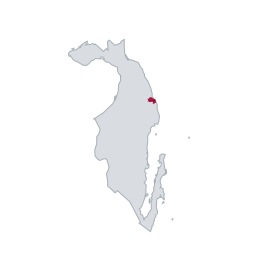 location of Arteaga, Michoacán, Mexico, rotated 222°
{"feature_id": "50627088B17645051575060", "entity_name": "Arteaga", "entity_type": "district", "adm_level": 2, "iso_a3": "MEX", "parent_name": "Mexico", "parent_adm1": "Michoacán", "projection": "robinson", "projection_center": [-102.407, 18.388], "detail": "fine", "context": "in_parent", "style": "filled", "palette": "rose", "viewbox_px": 256, "rotation_deg": 222, "n_neighbors": 0, "source": "geoboundaries", "source_scale": "gbopen_adm2", "svg_char_len": 4992}
<svg xmlns="http://www.w3.org/2000/svg" viewBox="0 0 256 256"><g transform="rotate(222 128 128)"><path d="M42.0,66.0L56.1,64.7L55.4,66.2L77.4,74.4L94.0,74.4L94.1,71.2L104.4,71.3L106.1,73.5L113.3,79.6L115.0,84.6L116.3,86.6L123.1,90.6L125.3,89.1L126.9,85.4L128.9,84.5L133.8,85.2L137.9,89.3L140.7,95.3L145.4,100.7L145.7,104.1L147.8,108.4L158.2,112.4L159.5,111.8L156.5,122.7L155.6,135.8L156.1,138.6L158.8,142.4L158.3,144.4L158.4,142.4L156.1,139.2L156.9,142.1L159.6,148.3L164.1,154.2L165.1,157.9L168.3,161.6L167.4,161.5L169.2,162.4L168.6,161.9L171.9,162.3L174.2,163.6L176.3,166.1L181.8,164.2L185.8,164.0L188.5,162.5L191.3,162.2L191.9,162.8L191.7,163.5L194.0,164.0L195.6,162.9L195.1,161.0L194.4,161.4L194.6,161.0L198.7,157.8L199.0,155.2L200.2,153.7L200.1,149.4L200.9,146.3L204.0,144.4L209.7,143.4L212.1,142.4L214.9,142.1L219.5,143.2L219.9,142.5L218.7,142.5L220.2,142.0L222.1,143.4L222.4,145.3L221.6,147.8L218.7,151.7L218.6,154.3L217.2,155.8L217.4,156.4L218.7,156.2L217.4,157.8L217.4,158.5L218.3,158.3L216.6,164.7L216.2,165.3L215.2,163.9L214.9,161.4L213.6,163.9L212.3,164.1L210.6,167.5L208.6,167.4L208.5,168.5L197.4,168.5L197.4,172.4L194.9,172.4L201.0,178.4L200.9,180.7L193.0,180.7L190.3,186.2L191.1,187.6L190.1,191.3L184.4,185.0L179.8,180.8L177.0,179.2L176.7,179.6L179.3,181.0L175.2,179.8L175.5,178.7L174.4,179.2L173.8,178.2L173.0,179.2L174.4,179.7L172.4,179.9L170.4,181.3L164.0,183.6L159.9,181.8L156.4,181.4L154.1,179.7L151.8,179.0L150.3,177.4L144.6,176.1L137.6,172.8L133.0,169.7L131.1,167.5L126.4,166.8L121.9,165.0L119.0,161.5L112.8,158.1L109.5,153.5L108.4,150.6L110.9,149.3L110.5,148.0L109.4,147.7L111.1,145.5L111.2,142.9L109.9,142.0L108.6,139.4L108.6,137.1L107.8,135.0L104.1,131.0L101.0,126.3L96.0,122.1L97.4,122.9L97.5,122.0L94.9,121.1L93.0,117.9L94.3,118.0L90.5,115.8L90.0,114.7L88.5,115.1L88.3,114.6L89.4,113.3L87.5,114.3L86.4,113.4L86.2,111.3L87.6,109.4L88.1,109.7L87.2,107.8L86.0,106.5L84.3,106.6L83.2,104.0L81.3,103.4L80.1,102.3L79.3,100.0L79.9,98.5L76.4,97.8L70.3,90.5L70.0,88.7L69.1,88.2L65.4,79.1L65.1,76.3L65.5,75.4L62.2,74.2L61.4,72.8L60.3,72.3L59.1,73.1L54.6,70.4L55.4,72.2L54.7,75.6L55.7,78.3L56.4,83.5L61.0,88.0L62.4,91.1L63.1,91.0L63.4,91.9L64.1,92.0L64.7,94.0L66.0,94.6L66.8,98.8L69.1,100.9L69.9,103.2L71.0,104.0L71.8,106.8L72.7,107.4L72.2,105.4L73.5,106.6L75.0,113.0L76.5,114.8L78.5,119.4L78.2,121.3L78.7,123.0L80.4,124.7L81.0,123.0L86.0,129.0L85.5,131.3L83.5,132.9L82.4,133.1L80.4,128.2L72.5,121.6L71.8,121.6L70.2,119.6L69.9,118.2L70.4,115.1L69.8,112.1L68.6,110.0L64.8,107.4L64.1,104.9L63.4,106.0L61.4,106.5L60.0,104.8L56.5,103.0L55.9,101.5L53.3,99.4L53.1,98.7L55.8,99.1L57.5,98.4L57.4,99.1L58.8,99.8L58.3,98.1L57.7,98.0L59.1,94.6L54.0,88.1L49.7,85.3L48.9,83.9L49.0,81.5L48.0,80.7L47.7,78.0L46.4,76.9L46.2,75.2L44.4,72.7L44.1,71.5L44.7,70.7L43.4,69.7L42.0,66.0ZM70.1,90.6L69.6,92.2L68.2,91.7L68.8,89.2L69.6,88.9L70.1,90.6ZM64.5,90.2L62.5,88.4L62.0,86.6L63.0,87.2L63.2,88.2L64.2,88.5L64.5,90.2ZM221.6,151.2L221.1,150.6L221.3,149.9L222.6,149.3L221.6,151.2ZM70.3,121.6L68.9,119.9L69.8,116.5L69.5,119.6L70.3,121.6ZM52.3,97.1L51.3,96.8L52.0,95.0L52.5,96.4L52.3,97.1ZM34.3,91.0L33.4,89.8L33.6,89.3L34.0,89.3L34.3,91.0ZM71.5,121.7L72.3,123.0L70.6,121.7L71.5,121.7ZM103.4,142.1L103.3,142.6L102.8,142.4L102.6,141.5L103.4,142.1ZM79.1,118.2L79.4,119.2L78.5,117.9L79.1,118.2ZM75.7,111.2L76.2,111.7L75.4,112.6L75.7,111.2ZM76.6,162.1L76.2,162.2L75.7,161.8L76.2,161.2L76.6,162.1ZM193.3,162.3L192.3,162.5L194.0,161.9L193.3,162.3ZM83.8,124.1L83.3,124.0L83.3,123.0L83.8,124.1Z" fill="#d9dde1" stroke="#a8b0b8" stroke-width="1"/><path d="M131.5,163.3L131.4,163.3L131.3,162.9L131.1,162.8L130.9,162.7L130.7,162.7L130.7,162.8L130.7,162.7L130.6,162.8L130.6,162.7L130.5,162.8L130.4,162.9L130.2,162.7L130.0,162.4L129.9,162.5L129.7,162.5L129.6,162.8L129.4,162.8L129.2,162.9L129.2,163.0L128.9,163.2L128.9,163.3L129.0,163.5L128.9,163.6L128.9,163.8L128.7,163.8L128.5,164.0L128.4,164.2L128.5,164.2L128.5,164.3L128.4,164.4L128.2,164.3L127.9,164.4L127.8,164.5L127.7,164.5L127.6,164.8L127.5,165.0L127.4,165.0L127.4,164.9L127.2,164.8L126.9,164.8L126.7,164.9L126.5,164.7L126.4,164.7L126.2,164.6L125.9,164.6L125.7,164.5L125.7,164.4L125.7,164.5L125.6,164.4L125.6,164.5L125.6,164.4L125.5,164.5L125.4,164.6L125.4,164.8L125.4,165.0L125.5,165.0L125.8,165.1L126.0,165.0L126.1,165.3L126.1,165.5L125.9,165.6L125.8,165.8L125.7,165.8L125.8,165.9L125.8,166.0L125.9,166.3L126.0,166.3L126.0,166.2L126.3,166.1L126.3,166.3L126.5,166.4L126.6,166.5L126.7,166.4L126.8,166.4L126.7,166.3L126.8,166.3L126.8,166.2L127.0,166.2L127.1,166.3L127.3,166.3L127.4,166.5L127.5,166.6L127.8,166.5L127.9,166.4L128.0,166.4L128.0,166.2L128.3,166.1L128.6,166.0L128.6,165.9L128.6,165.7L128.8,165.6L129.0,165.7L129.3,165.5L129.5,165.5L129.8,165.5L129.9,165.8L130.0,165.9L130.3,165.9L130.5,165.8L130.8,165.7L130.7,165.6L130.8,165.6L131.0,165.6L131.2,165.4L131.3,165.4L131.4,165.2L131.5,165.0L131.4,164.9L131.4,164.7L131.3,164.4L131.4,164.2L131.3,163.9L131.3,163.7L131.4,163.4L131.5,163.3Z" fill="#f43f5e" stroke="#9f1239" stroke-width="1.5"/></g></svg>